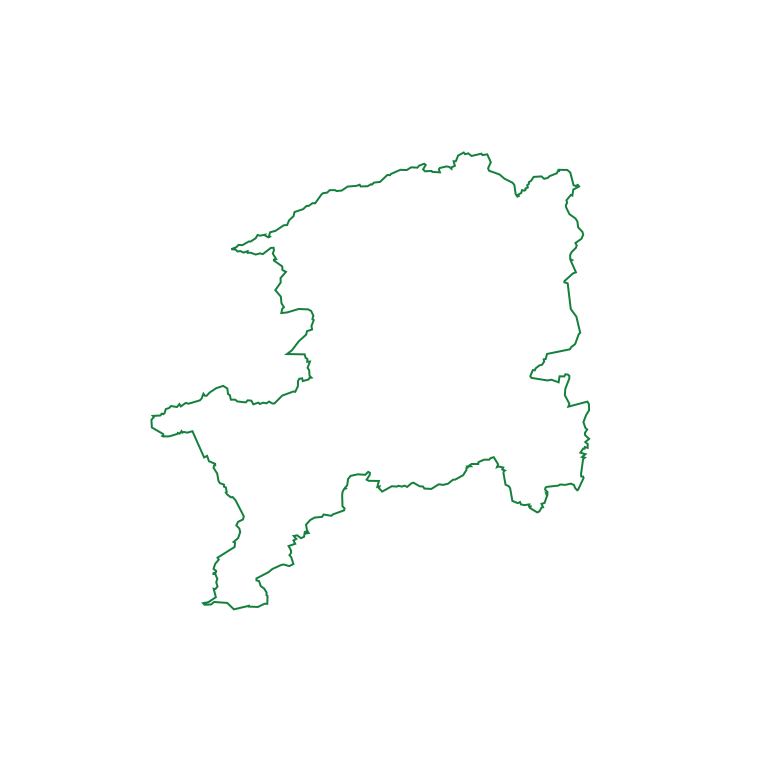 outline of Tepetongo, Zacatecas, Mexico, rotated 55°
{"feature_id": "50627088B99446840906957", "entity_name": "Tepetongo", "entity_type": "district", "adm_level": 2, "iso_a3": "MEX", "parent_name": "Mexico", "parent_adm1": "Zacatecas", "projection": "equal_earth", "projection_center": [-103.135, 22.423], "detail": "fine", "context": "isolated", "style": "outline", "palette": "green", "viewbox_px": 768, "rotation_deg": 55, "n_neighbors": 0, "source": "geoboundaries", "source_scale": "gbopen_adm2", "svg_char_len": 6165}
<svg xmlns="http://www.w3.org/2000/svg" viewBox="0 0 768 768"><g transform="rotate(55 384 384)"><path d="M434.5,625.5L437.7,629.7L440.9,628.7L441.9,629.9L441.1,632.1L441.8,632.7L442.8,631.2L448.0,632.3L450.1,635.1L454.5,636.6L455.2,639.7L454.0,641.0L462.2,644.0L462.0,652.9L459.8,657.9L461.9,657.6L465.4,652.1L465.1,648.2L473.4,638.0L482.5,636.2L488.2,621.9L488.8,622.4L494.3,615.2L495.5,607.9L497.1,605.7L490.9,601.0L489.6,601.4L487.5,599.8L482.8,599.5L478.8,600.9L473.9,599.4L471.7,601.1L470.1,600.0L471.9,586.6L471.5,581.6L473.3,571.9L474.3,569.7L478.8,566.1L479.5,561.5L472.6,559.3L470.0,559.6L469.1,557.0L467.1,555.7L462.0,555.1L464.0,548.4L460.2,547.9L460.6,544.7L456.7,545.1L458.1,542.0L462.7,540.4L463.3,537.1L459.7,533.7L460.2,532.4L461.9,533.3L462.9,531.2L459.5,530.9L454.5,528.6L453.1,522.2L453.6,517.5L457.3,511.0L456.3,508.3L461.8,502.7L461.5,500.6L464.6,489.2L463.4,487.7L460.3,488.1L451.0,482.0L448.6,479.8L447.1,476.9L447.7,475.1L446.6,475.2L445.9,472.3L441.2,467.9L440.1,464.1L442.9,457.3L447.6,451.5L446.9,447.3L448.7,446.5L450.4,448.0L452.4,453.1L454.5,452.1L460.5,443.8L464.5,448.5L465.4,446.4L466.4,447.9L471.1,447.2L472.2,436.3L475.5,432.2L475.6,430.6L478.3,428.2L479.0,425.5L481.6,424.1L481.1,418.7L481.7,416.5L488.3,413.4L490.3,410.9L492.8,410.9L497.1,405.4L497.6,396.6L500.5,393.5L502.4,388.8L502.0,382.5L503.2,380.2L504.1,371.5L501.8,366.0L500.1,364.6L500.4,363.5L499.2,363.3L501.2,360.1L499.7,360.5L499.8,358.1L503.6,352.7L502.2,351.5L502.5,349.8L503.4,345.4L506.3,341.3L505.9,339.0L506.9,336.1L515.2,336.6L516.9,339.1L517.2,337.6L520.8,334.2L521.8,336.1L524.2,334.6L524.2,336.0L525.6,337.3L536.2,342.2L539.3,340.4L541.6,340.4L553.4,345.9L558.3,342.8L558.7,340.3L561.1,340.9L563.7,338.6L566.0,334.0L567.6,335.5L568.4,334.1L569.5,335.5L577.1,332.1L577.5,329.8L575.6,325.8L576.2,324.4L572.5,323.7L573.5,320.7L569.2,314.7L566.9,314.0L568.2,313.6L566.4,312.1L562.7,312.5L561.5,311.1L561.6,309.7L567.2,299.5L567.4,297.3L570.6,293.4L572.8,288.1L575.7,286.3L578.8,287.1L581.9,286.7L582.0,285.8L575.5,274.4L574.1,274.0L573.0,275.4L571.3,274.7L559.7,264.0L559.5,261.8L557.4,263.6L557.0,259.2L552.9,262.5L551.1,257.8L552.0,256.8L550.9,255.6L553.1,253.8L550.1,251.6L547.0,252.4L546.6,247.4L541.2,248.6L539.2,247.3L537.9,243.7L535.4,244.2L529.6,242.5L525.4,236.3L523.1,231.0L518.0,227.7L515.1,227.5L508.3,246.0L506.6,243.5L496.9,242.3L491.9,238.2L485.7,228.9L483.4,227.5L481.6,228.1L480.1,229.9L481.2,232.0L478.4,235.8L482.8,240.0L476.5,244.4L474.9,248.0L463.6,259.7L461.5,259.7L458.0,254.1L459.3,252.6L458.2,251.0L457.9,246.1L458.9,243.5L457.5,240.0L455.4,239.0L456.3,237.3L452.9,233.2L462.2,211.8L461.2,209.6L460.9,204.5L454.9,195.9L454.6,193.9L439.2,187.8L429.7,188.0L406.9,175.8L404.1,177.9L403.2,177.2L401.8,165.8L402.6,162.7L390.2,160.3L390.4,158.8L388.5,159.8L385.1,157.5L383.6,154.8L382.5,148.7L381.1,146.7L378.3,146.3L378.3,139.0L376.0,135.2L373.2,134.2L367.0,135.1L361.9,132.4L358.3,132.2L351.2,134.7L343.8,133.5L341.6,132.2L340.7,130.1L338.2,129.2L336.3,122.5L337.7,121.7L333.3,117.4L334.1,110.9L332.1,111.0L331.7,113.4L329.9,114.7L317.6,110.1L313.8,111.1L308.7,118.1L309.9,118.6L309.3,119.6L310.5,121.5L308.7,129.2L309.1,131.7L307.8,135.1L304.3,135.9L300.2,142.6L301.9,146.9L301.8,149.6L303.2,150.6L303.3,152.7L305.5,153.5L305.0,156.0L306.1,156.6L306.1,158.2L304.4,159.7L306.2,162.0L305.9,165.8L307.3,165.8L307.0,167.3L303.9,167.2L295.6,163.0L292.8,163.3L284.8,167.6L278.6,169.2L269.5,175.6L267.0,175.0L263.6,169.3L255.1,167.7L253.0,172.0L251.2,172.1L247.4,181.5L243.4,182.7L242.2,185.8L240.1,185.9L239.4,192.3L242.7,197.3L241.5,199.2L245.9,200.8L245.3,204.2L246.4,205.3L243.5,206.1L241.5,208.2L239.1,214.4L239.6,215.9L242.7,216.8L237.9,222.8L236.8,222.8L233.3,228.4L230.6,228.9L228.5,224.2L226.6,224.8L225.3,230.0L226.0,232.5L222.1,237.4L221.8,242.6L217.9,247.8L215.9,257.9L216.4,259.3L214.7,261.4L216.2,271.3L213.2,276.9L213.8,279.4L212.9,280.0L212.6,284.0L208.8,289.8L206.8,289.6L205.9,292.9L201.4,300.6L201.3,307.7L198.7,312.2L197.1,312.9L194.1,317.2L194.6,320.8L192.7,324.6L192.9,326.6L196.5,336.7L194.9,338.8L194.9,343.7L193.7,345.3L194.4,349.9L191.8,358.6L194.6,361.8L195.5,367.9L198.2,372.2L196.5,375.1L196.3,385.0L194.4,390.3L196.6,393.1L197.9,392.8L197.5,394.7L194.1,396.2L193.6,395.5L191.4,400.5L189.4,402.1L191.0,405.5L190.8,411.6L189.8,412.8L189.0,420.4L186.6,423.4L187.2,426.2L186.0,431.8L188.7,428.5L191.4,428.0L192.8,425.3L195.8,423.7L197.0,419.5L198.3,420.5L199.9,418.0L204.4,414.8L205.9,410.6L208.1,408.8L207.6,398.6L209.1,396.3L211.5,397.6L213.4,400.3L219.9,400.7L219.0,402.8L219.7,403.4L229.3,399.9L232.3,401.8L235.9,400.0L237.9,408.0L241.6,410.4L244.8,419.2L253.3,418.4L259.1,421.7L263.7,421.9L264.1,424.4L267.0,427.4L269.8,422.3L273.6,410.9L279.3,403.4L282.4,401.8L287.6,402.7L289.7,405.4L291.4,404.9L294.9,410.2L298.1,411.6L296.6,416.8L298.9,419.4L300.1,429.2L303.6,440.2L303.8,446.3L314.2,432.0L317.7,433.2L319.6,432.4L321.7,434.2L323.1,431.8L326.9,437.3L329.8,437.4L334.6,440.3L337.2,439.8L336.3,441.8L337.0,443.2L335.0,448.8L332.4,447.8L331.1,450.5L332.3,452.8L336.4,455.8L339.5,461.2L338.2,462.4L335.1,474.1L337.1,484.8L336.0,486.6L332.5,488.2L332.4,491.4L330.1,493.6L329.1,497.2L327.2,497.6L325.7,502.7L321.6,502.2L319.2,505.0L319.8,507.7L319.1,508.6L314.1,514.2L311.5,514.9L309.0,518.4L304.7,516.7L302.7,517.5L297.8,514.9L293.3,516.8L291.2,523.9L291.0,531.7L291.9,535.9L290.9,537.5L288.4,537.5L291.3,541.8L291.8,544.2L288.0,555.5L285.8,557.2L285.8,563.3L283.1,563.1L284.1,566.8L279.9,571.1L280.4,573.8L279.4,577.1L282.1,580.6L282.1,582.2L280.8,583.0L281.5,585.3L277.6,591.6L279.0,591.4L280.0,595.1L286.5,599.1L298.3,593.6L299.6,594.2L299.5,595.4L300.3,595.0L303.8,589.8L306.5,581.4L305.9,580.9L307.4,579.8L306.5,576.9L308.2,577.1L308.4,575.6L311.1,572.9L312.8,568.0L341.0,573.5L341.4,570.1L346.9,571.7L352.5,568.1L353.8,568.9L353.3,570.0L354.9,571.7L361.6,572.0L368.6,575.2L371.1,575.3L374.7,572.8L376.2,574.0L378.1,572.9L382.1,574.7L382.1,575.8L384.2,575.9L388.9,574.5L389.8,572.8L394.1,572.3L411.9,574.7L414.1,577.2L413.2,582.6L415.1,586.1L419.4,585.4L422.8,586.7L426.6,591.9L427.1,597.8L428.6,597.1L431.8,599.8L430.8,620.0L433.1,620.1L434.5,625.5Z" fill="none" stroke="#15803d" stroke-width="2"/></g></svg>